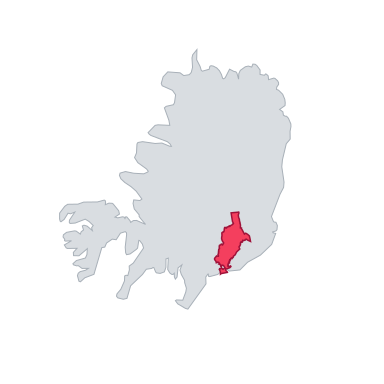 location of Rangárþing ytra, Suðurland, Iceland, rotated 309°
{"feature_id": "244011B57462919825437", "entity_name": "Rangárþing ytra", "entity_type": "district", "adm_level": 2, "iso_a3": "ISL", "parent_name": "Iceland", "parent_adm1": "Suðurland", "projection": "mercator", "projection_center": [-19.711, 63.992], "detail": "fine", "context": "in_parent", "style": "filled", "palette": "rose", "viewbox_px": 384, "rotation_deg": 309, "n_neighbors": 0, "source": "geoboundaries", "source_scale": "gbopen_adm2", "svg_char_len": 8399}
<svg xmlns="http://www.w3.org/2000/svg" viewBox="0 0 384 384"><g transform="rotate(309 192 192)"><path d="M281.4,116.0L284.4,116.2L289.2,114.0L296.2,107.6L299.1,106.2L305.8,106.2L297.7,112.4L294.7,119.2L292.4,122.6L292.4,124.0L298.2,128.1L300.9,126.8L302.1,127.3L303.2,129.2L304.0,133.1L303.5,137.0L301.8,141.0L299.6,144.3L299.9,145.4L301.7,145.9L311.1,143.9L312.1,148.8L313.0,150.4L312.7,152.0L309.0,157.2L313.4,153.9L316.9,153.0L322.8,154.6L325.3,156.5L326.7,159.8L329.7,158.8L331.0,160.7L331.1,162.7L329.7,168.1L326.2,170.9L328.3,174.8L330.1,174.9L330.4,175.8L330.2,178.1L327.5,180.8L332.0,183.9L332.5,185.0L332.3,188.5L331.5,190.4L330.1,191.6L326.9,191.8L324.9,193.1L325.6,195.2L325.0,201.0L322.4,205.8L320.0,208.3L317.7,209.9L311.3,208.1L311.5,212.2L309.2,214.7L309.6,216.8L310.4,217.8L310.0,220.5L307.1,226.0L305.0,227.8L300.9,230.0L294.9,235.0L288.8,234.9L274.0,242.0L268.1,245.9L257.6,257.3L253.2,260.3L245.7,261.8L222.9,269.2L220.4,273.7L220.3,274.6L221.3,276.3L219.6,279.5L216.1,281.8L214.5,281.7L211.7,279.8L211.3,280.7L212.5,283.1L201.4,286.9L186.0,284.9L172.4,279.4L161.6,278.3L154.0,270.7L153.8,269.5L154.6,267.2L157.3,266.2L156.0,263.8L151.4,267.9L149.9,267.8L148.0,266.1L147.9,264.5L144.1,263.9L137.4,259.0L136.9,257.9L138.5,256.3L138.2,256.0L134.6,256.2L129.4,260.7L98.4,262.5L97.4,260.1L96.1,251.3L97.1,247.5L98.4,247.9L102.1,252.9L110.4,250.1L113.7,248.2L116.9,243.4L118.7,241.8L121.2,235.6L123.7,231.8L129.0,230.0L124.3,228.9L116.5,233.9L113.8,233.9L115.0,231.7L117.7,229.3L115.9,229.1L115.2,228.0L115.1,225.7L116.5,221.9L125.7,215.2L123.6,213.9L117.1,219.1L112.5,220.8L108.7,218.5L106.8,215.3L107.0,214.0L109.2,210.0L108.8,209.2L107.3,208.8L103.2,205.1L96.7,205.4L80.5,203.3L68.4,208.4L65.4,206.1L63.0,200.9L63.5,198.9L65.6,197.8L71.6,197.9L80.4,195.5L84.4,192.5L85.9,193.2L86.6,194.7L92.0,192.4L94.9,189.8L99.8,191.1L118.0,189.6L120.3,186.2L121.3,182.0L120.9,181.1L114.2,185.0L112.6,184.9L104.9,182.9L102.1,180.6L103.0,178.7L107.1,174.8L117.6,168.1L119.1,166.7L119.2,165.1L115.0,162.3L107.2,163.1L105.2,159.7L98.6,157.7L94.3,158.9L92.0,156.9L66.3,167.6L57.9,162.7L52.0,161.8L51.5,160.3L54.9,155.6L57.3,154.7L59.7,155.2L64.2,158.5L67.4,159.5L63.4,154.6L63.2,150.0L62.0,148.8L60.8,145.7L61.3,144.6L66.0,145.3L73.6,150.7L77.3,149.7L82.1,146.3L71.3,144.3L68.0,140.0L70.4,137.8L75.9,138.1L69.7,130.7L69.4,129.4L70.5,126.1L78.3,129.0L74.2,124.6L74.0,123.6L75.2,122.8L75.9,120.1L77.8,119.0L81.7,119.9L87.8,125.1L88.7,126.5L89.0,131.7L91.3,130.9L94.2,131.6L96.6,128.1L98.2,128.9L99.5,132.0L99.3,138.9L101.0,136.5L103.8,136.3L104.3,130.6L103.7,126.1L94.4,120.8L90.8,117.0L91.2,115.7L93.0,114.5L102.7,113.6L98.6,111.3L97.5,109.0L90.2,109.9L86.4,108.9L86.4,107.8L87.8,106.0L92.3,102.4L100.8,102.1L104.2,103.1L110.8,111.0L116.0,114.2L124.8,124.8L130.5,128.9L130.7,129.9L129.8,131.2L127.6,132.6L131.0,134.4L133.0,137.1L133.1,138.3L131.3,146.8L129.2,149.5L124.0,147.9L125.2,150.6L128.9,153.5L129.8,155.0L129.2,156.6L131.0,156.1L131.6,157.0L130.7,161.8L129.8,163.5L132.9,164.4L135.0,166.8L137.6,176.3L139.0,169.0L139.7,166.3L141.0,165.3L142.5,157.8L146.0,153.4L149.2,151.7L152.6,156.9L155.0,157.5L157.5,148.2L157.8,141.4L157.1,133.8L157.5,128.4L159.2,125.2L161.4,124.2L166.0,127.4L169.9,134.9L175.8,143.1L179.8,145.1L180.6,144.9L181.3,142.2L180.7,131.5L182.6,125.7L187.4,124.3L194.7,119.0L196.4,118.8L200.0,121.9L206.5,132.8L211.1,137.8L213.5,145.8L214.5,147.3L215.5,144.8L215.6,141.2L210.1,124.6L210.0,122.4L210.5,120.5L220.6,121.4L222.8,123.3L229.8,132.8L233.2,128.9L240.0,117.6L242.3,118.0L248.1,122.6L250.4,122.2L257.2,118.1L258.7,112.8L255.8,102.0L257.0,99.8L263.3,97.1L270.1,97.6L277.1,107.7L277.3,112.3L281.4,116.0Z" fill="#d9dde1" stroke="#a8b0b8" stroke-width="1"/><path d="M205.8,240.9L205.3,240.5L204.5,239.7L202.6,237.7L200.4,235.5L198.4,237.7L194.5,242.1L193.8,243.8L193.4,244.0L193.2,243.9L192.8,243.8L192.5,243.8L192.4,243.9L192.5,244.0L192.4,244.0L192.2,243.9L191.7,243.8L190.1,243.1L189.5,243.0L189.3,243.1L189.0,243.0L188.9,242.9L189.0,242.7L189.2,242.4L188.9,242.2L188.1,242.1L187.9,242.1L186.8,241.3L186.7,241.3L186.3,241.5L186.2,241.5L186.2,241.4L185.9,241.4L185.6,241.3L185.7,241.1L185.8,241.1L185.7,240.7L185.4,240.5L185.3,240.3L185.2,240.3L185.2,240.2L185.3,240.1L185.1,239.8L185.0,239.7L184.9,239.7L184.6,239.9L184.0,240.1L183.2,240.7L183.1,240.8L182.7,240.9L182.5,241.2L182.1,241.4L181.4,241.6L180.8,241.7L180.7,241.6L180.8,241.5L180.8,241.4L180.6,241.4L180.2,241.1L179.9,241.0L179.3,240.9L178.8,241.0L178.5,241.5L178.2,241.7L178.0,241.8L177.4,242.4L177.1,242.6L176.6,243.0L175.7,243.4L174.5,244.3L174.2,244.5L173.9,245.2L173.6,245.4L173.6,245.5L173.4,245.9L173.2,246.2L172.8,247.1L172.7,247.6L172.6,247.8L172.6,248.1L172.6,248.3L172.2,248.5L172.0,248.8L171.7,248.8L171.2,248.9L170.7,249.0L170.1,249.1L170.0,248.9L170.0,248.7L170.1,248.3L170.1,248.2L170.3,248.1L170.2,247.8L170.1,247.7L169.8,247.5L169.5,247.5L168.9,247.6L168.4,247.3L168.3,247.1L168.1,247.0L167.8,246.9L167.5,247.0L167.3,247.2L167.1,247.4L166.5,247.6L166.1,248.0L166.0,248.3L165.8,248.4L165.4,248.9L165.3,249.0L165.1,249.0L164.5,248.8L164.4,248.8L164.3,249.0L163.9,249.2L163.7,249.2L163.4,249.4L163.0,249.8L162.8,249.8L162.5,250.0L162.3,250.2L162.3,250.4L162.2,250.5L161.9,250.4L161.7,250.5L161.3,251.0L161.1,251.2L160.9,251.3L160.2,251.3L159.9,251.4L159.7,251.7L159.4,252.4L158.8,252.7L158.7,252.8L158.6,252.6L158.4,252.5L158.3,252.2L158.0,251.8L157.9,251.7L157.6,251.6L157.6,251.3L157.1,251.3L156.6,251.4L156.3,251.3L156.2,251.3L154.9,251.3L154.3,251.5L153.9,251.9L153.7,252.2L153.5,252.9L153.3,253.8L153.2,254.2L152.8,254.8L152.3,255.4L153.5,255.9L153.5,256.7L154.1,256.9L153.9,258.0L153.7,258.1L153.2,258.5L152.9,258.4L153.0,259.0L153.5,259.1L153.4,259.4L153.4,259.6L153.3,260.0L153.2,260.3L153.0,260.5L153.1,260.8L152.1,261.4L152.2,261.9L152.3,262.0L153.7,261.2L154.3,261.7L154.7,262.7L153.8,265.5L151.4,264.7L151.4,264.4L151.6,263.7L151.4,263.5L151.4,263.4L151.4,263.2L151.3,262.9L151.3,262.7L151.2,262.7L151.0,262.8L150.2,262.4L149.8,261.7L149.5,261.9L149.3,262.1L149.1,262.0L148.9,262.0L148.7,262.7L148.6,263.0L148.1,263.7L147.9,264.1L147.8,264.3L147.5,264.5L147.2,264.9L146.1,265.8L146.6,265.9L147.8,266.7L149.3,268.0L151.8,270.1L152.0,269.8L152.2,269.2L152.2,268.9L152.2,268.3L152.2,268.1L152.3,267.8L152.5,267.5L152.7,267.3L153.3,266.8L156.9,269.0L158.5,269.2L158.8,268.5L158.6,268.4L158.4,268.2L158.0,268.2L157.5,267.7L157.3,267.7L157.0,266.9L157.0,266.7L157.3,266.7L157.4,266.4L157.7,266.4L157.8,266.3L157.9,265.9L157.7,265.9L157.8,265.8L157.9,265.7L158.1,265.6L158.3,265.6L158.7,265.4L158.8,265.4L159.0,265.4L159.1,265.6L159.4,265.6L159.5,265.4L159.7,265.6L160.0,265.5L160.1,265.3L160.4,265.5L160.5,265.6L160.6,265.4L160.7,265.2L160.8,265.1L160.9,265.3L161.0,265.3L161.1,265.2L161.1,264.9L161.4,265.0L161.5,264.8L161.8,264.8L162.0,264.8L162.0,264.5L162.2,264.4L162.3,264.4L162.3,264.5L162.4,264.8L162.5,264.8L162.4,264.4L162.5,264.3L162.5,264.2L162.9,264.2L163.1,264.0L163.3,264.3L163.7,264.2L163.9,264.3L164.0,264.3L164.0,264.2L164.4,264.0L164.6,264.0L164.9,264.1L165.3,264.1L165.6,264.2L165.8,264.3L166.0,264.6L166.1,264.9L166.0,265.0L166.3,265.0L166.9,265.1L167.4,265.1L167.5,265.0L167.6,264.8L167.8,264.8L168.2,264.6L170.4,265.1L173.4,264.4L177.8,265.0L178.5,263.6L178.8,263.3L179.1,263.0L179.5,263.0L179.9,263.2L180.0,263.2L180.3,262.9L180.6,263.0L180.8,262.9L181.3,262.9L182.0,262.3L182.2,262.2L182.3,262.3L182.4,262.2L182.5,262.0L182.6,261.8L182.8,261.7L182.9,261.8L183.0,261.8L183.5,261.5L183.9,261.5L184.1,261.5L184.3,261.7L184.2,261.9L184.3,262.0L184.2,262.1L184.2,262.3L184.4,262.5L184.7,262.6L184.8,262.4L185.0,262.2L185.4,262.1L185.5,262.2L185.8,262.2L186.2,262.1L186.2,261.9L186.4,261.8L186.6,262.1L186.6,262.3L186.4,262.4L186.4,262.5L186.5,262.7L186.8,262.8L187.3,263.0L187.7,263.4L188.0,263.6L188.2,263.4L188.6,263.3L188.8,263.4L189.3,263.7L189.6,264.1L189.5,265.0L190.4,268.6L192.6,266.0L194.0,264.2L194.1,261.8L193.8,259.7L192.3,259.2L192.5,258.8L193.5,256.3L193.8,255.7L194.6,253.7L194.7,253.4L194.8,253.2L195.0,253.1L194.9,253.0L194.9,252.9L195.0,252.5L195.0,252.4L194.9,252.2L194.7,252.1L195.0,251.8L196.3,250.9L197.0,250.3L197.2,249.9L197.5,249.7L197.7,249.4L198.0,248.7L198.4,248.6L198.6,248.4L198.8,248.0L198.9,247.8L199.1,247.6L199.2,247.4L200.2,246.3L200.7,245.9L200.8,245.7L200.9,245.4L201.0,245.2L201.6,244.2L202.8,242.9L203.4,242.4L203.7,242.2L204.3,242.1L205.2,241.7L205.6,241.3L205.8,240.9Z" fill="#f43f5e" stroke="#9f1239" stroke-width="1.5"/></g></svg>